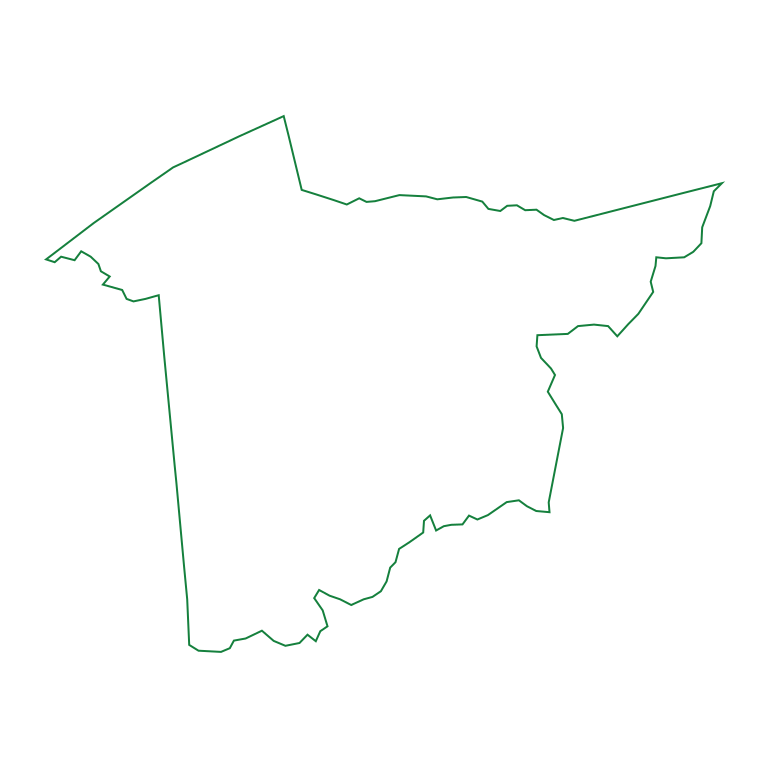 Correntes, Pernambuco, Brazil (Mercator projection)
{"feature_id": "56859067B37982637523189", "entity_name": "Correntes", "entity_type": "district", "adm_level": 2, "iso_a3": "BRA", "parent_name": "Brazil", "parent_adm1": "Pernambuco", "projection": "mercator", "projection_center": [-36.322, -9.122], "detail": "fine", "context": "isolated", "style": "outline", "palette": "green", "viewbox_px": 768, "rotation_deg": 0, "n_neighbors": 0, "source": "geoboundaries", "source_scale": "gbopen_adm2", "svg_char_len": 1619}
<svg xmlns="http://www.w3.org/2000/svg" viewBox="0 0 768 768"><path d="M721.9,183.2L684.8,192.6L574.4,220.8L562.8,218.0L553.9,220.0L544.1,215.1L536.5,209.7L525.2,210.2L516.9,205.3L507.2,205.8L500.3,211.0L488.4,208.9L482.3,201.6L466.2,197.0L453.0,197.5L437.3,199.3L426.1,196.4L399.4,195.1L375.0,201.2L366.5,201.9L359.2,198.3L346.8,204.5L333.5,200.0L315.8,194.3L301.7,189.9L288.5,135.3L283.7,116.1L251.1,130.9L239.0,136.4L180.0,164.2L173.1,167.4L151.5,182.4L93.5,223.2L46.1,259.4L54.7,262.2L61.1,256.7L74.6,260.2L81.2,251.3L90.7,256.7L98.4,264.0L100.9,271.3L109.7,276.5L102.9,284.6L122.2,290.0L126.6,298.9L133.5,301.4L145.5,298.9L158.7,295.2L164.3,357.1L174.7,465.9L176.4,482.9L184.1,566.8L187.2,599.3L189.2,644.9L198.5,650.7L221.0,651.9L229.8,648.2L233.9,640.6L245.6,638.5L261.9,630.7L273.7,640.9L285.4,645.8L299.5,643.0L307.5,634.7L315.8,641.2L320.3,631.2L327.5,626.3L322.7,610.4L314.2,598.1L319.1,590.0L329.6,595.7L340.1,599.3L351.2,605.0L363.7,599.3L372.5,596.9L380.9,591.2L386.6,581.4L390.2,567.6L395.5,562.2L399.1,548.9L409.6,542.1L423.2,532.5L424.0,520.8L430.1,515.4L436.1,530.5L443.8,526.2L451.3,524.8L462.5,524.4L469.0,515.6L477.4,519.5L487.9,515.1L506.7,502.1L518.9,500.3L526.9,506.2L536.2,511.0L549.5,512.2L548.7,502.4L563.1,428.0L561.8,414.2L555.9,404.8L547.8,391.7L555.0,375.0L551.0,368.5L541.0,357.9L536.6,346.4L537.4,335.2L567.8,333.9L578.0,326.1L594.0,324.6L608.1,326.1L617.3,336.3L628.3,324.1L638.3,313.9L653.2,291.9L650.7,281.7L655.5,266.0L656.3,257.3L666.0,258.3L684.2,257.3L693.3,251.8L701.4,243.2L702.2,227.3L710.2,206.1L713.8,191.3L721.9,183.2Z" fill="none" stroke="#15803d" stroke-width="2"/></svg>